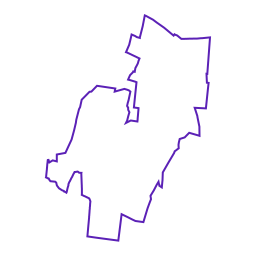 the district of Tixmehuac, Yucatán, Mexico
{"feature_id": "50627088B886446566830", "entity_name": "Tixmehuac", "entity_type": "district", "adm_level": 2, "iso_a3": "MEX", "parent_name": "Mexico", "parent_adm1": "Yucatán", "projection": "natural_earth1", "projection_center": [-89.11, 20.248], "detail": "fine", "context": "isolated", "style": "outline", "palette": "violet", "viewbox_px": 256, "rotation_deg": 0, "n_neighbors": 0, "source": "geoboundaries", "source_scale": "gbopen_adm2", "svg_char_len": 3456}
<svg xmlns="http://www.w3.org/2000/svg" viewBox="0 0 256 256"><path d="M208.6,82.9L206.9,82.7L206.5,73.8L207.3,73.9L209.9,39.0L210.0,37.4L208.9,37.5L202.0,38.2L201.7,38.2L201.2,38.2L200.0,38.3L199.0,38.4L198.8,38.4L198.2,38.5L197.6,38.5L197.0,38.6L196.1,38.6L193.7,38.6L191.0,38.7L190.2,38.7L189.8,38.7L188.9,38.7L186.5,38.8L181.4,38.9L181.0,38.6L180.4,38.1L179.8,37.6L179.4,37.3L178.9,36.9L178.6,36.6L177.8,36.0L177.6,35.8L177.0,35.4L176.7,35.2L176.2,35.1L175.9,35.0L175.4,34.8L175.1,34.7L174.5,34.3L173.8,35.3L173.6,35.6L173.1,35.2L164.1,27.7L156.7,22.5L153.0,19.7L145.8,15.8L144.8,15.4L144.7,15.9L142.7,26.2L139.8,37.6L139.8,37.9L136.8,37.1L135.1,36.0L131.6,34.5L130.8,38.1L129.2,44.8L126.0,52.2L127.0,52.5L139.5,58.5L138.6,60.7L137.8,63.5L136.3,66.4L135.4,68.0L134.7,71.8L133.3,71.4L132.9,72.3L130.1,75.1L129.1,77.3L128.1,79.6L130.0,80.1L135.3,81.7L136.5,82.2L135.2,94.7L133.9,107.5L137.0,107.9L138.5,108.1L138.5,108.3L138.4,110.2L138.2,112.3L138.0,114.8L137.7,118.1L137.6,119.8L137.4,121.5L130.8,120.5L126.0,122.9L127.1,120.7L128.3,116.0L129.4,112.2L128.9,111.3L128.2,109.8L128.1,107.4L127.5,106.8L127.1,105.9L127.9,102.3L128.2,101.6L128.4,100.6L128.5,100.5L130.4,91.6L128.9,90.4L127.4,89.8L124.4,88.9L114.7,91.6L115.3,88.5L97.0,85.8L91.4,91.6L89.5,91.8L81.7,99.7L80.1,107.1L79.0,109.2L76.3,119.7L76.0,121.8L75.9,122.7L74.1,130.3L71.6,139.5L65.4,152.9L56.8,154.5L56.8,161.4L52.7,160.4L49.4,162.4L48.5,159.9L47.8,160.0L47.7,160.4L47.7,160.8L47.6,161.5L47.5,162.8L47.4,163.3L47.3,164.1L47.2,165.3L47.2,165.6L47.1,166.4L47.1,167.1L47.0,167.3L47.0,168.2L46.9,168.6L46.9,169.2L46.8,170.1L46.7,171.0L46.6,172.0L46.5,172.9L46.4,173.8L46.3,174.8L46.2,175.7L46.2,176.0L46.1,177.1L46.0,177.4L46.8,177.7L47.6,178.3L48.6,178.4L49.1,179.2L49.2,179.6L50.4,181.2L55.2,181.7L56.2,182.6L56.9,185.5L59.0,188.3L62.3,190.4L62.9,190.6L63.8,190.9L64.1,191.3L64.1,191.5L65.0,191.8L65.2,192.0L65.5,192.1L66.4,192.7L66.6,192.3L66.6,192.1L66.7,191.9L67.2,189.8L67.3,189.2L67.7,187.6L68.4,185.4L68.4,184.7L68.5,184.0L69.2,182.3L69.4,181.9L70.0,181.0L70.3,180.2L70.7,179.6L71.2,178.4L71.5,177.9L71.8,177.4L72.3,176.6L72.4,176.2L72.6,175.8L73.1,174.8L73.2,174.5L73.3,174.3L73.6,173.8L74.1,172.9L74.3,172.7L74.5,172.3L74.6,172.0L75.3,172.0L75.7,171.9L76.2,171.8L76.5,171.8L77.3,171.6L77.7,171.6L78.2,171.9L78.6,172.3L78.9,172.6L79.3,172.7L80.0,172.8L80.4,172.8L81.1,172.9L81.4,172.9L81.3,173.4L81.7,183.8L81.8,185.9L81.8,186.9L81.9,188.7L81.9,189.2L81.9,190.2L81.9,190.8L81.9,191.9L81.9,192.4L81.9,192.8L81.9,193.9L81.8,194.9L82.5,195.2L83.7,195.8L84.6,196.2L85.4,196.5L85.7,196.7L85.9,196.8L86.4,197.0L86.9,197.2L87.2,197.5L87.6,197.6L88.4,198.0L89.2,198.4L89.7,199.5L90.0,200.2L90.4,201.4L90.2,203.1L90.1,204.0L90.1,204.3L90.0,206.1L89.9,206.9L89.8,207.6L89.8,208.8L89.6,210.2L89.5,212.1L89.4,213.1L89.4,213.6L89.3,214.4L89.3,215.0L89.1,216.7L89.1,217.3L89.1,217.6L88.3,226.2L87.4,236.4L96.4,237.7L118.3,240.6L121.0,219.1L121.6,214.2L127.8,217.2L131.7,219.2L132.9,219.8L133.8,220.2L135.0,220.8L135.5,221.0L143.4,222.1L147.6,208.2L149.7,202.5L151.0,199.2L150.5,195.8L153.8,190.4L156.5,185.2L156.7,184.8L158.5,181.8L158.9,183.9L159.4,185.0L159.3,185.7L161.8,187.4L162.4,181.2L162.5,180.4L162.8,172.4L168.3,162.8L174.1,153.0L174.7,151.3L178.7,148.3L178.5,144.8L178.9,142.2L179.7,139.0L184.7,137.4L189.2,132.8L198.2,135.4L199.5,135.8L199.4,128.1L199.4,126.7L197.5,117.3L197.3,115.9L194.7,107.8L205.9,108.4L207.9,89.2L208.6,82.9Z" fill="none" stroke="#5b21b6" stroke-width="2"/></svg>